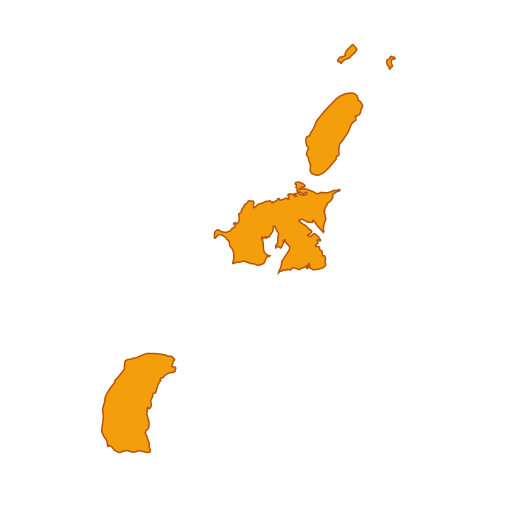 Ibo, Mozambique, rotated 219°
{"feature_id": "85939544B72266919853878", "entity_name": "Ibo", "entity_type": "district", "adm_level": 2, "iso_a3": "MOZ", "parent_name": "Mozambique", "parent_adm1": "", "projection": "robinson", "projection_center": [40.592, -12.339], "detail": "fine", "context": "isolated", "style": "filled", "palette": "amber", "viewbox_px": 512, "rotation_deg": 219, "n_neighbors": 0, "source": "geoboundaries", "source_scale": "gbopen_adm2", "svg_char_len": 6105}
<svg xmlns="http://www.w3.org/2000/svg" viewBox="0 0 512 512"><g transform="rotate(219 256 256)"><path d="M289.1,250.6L286.0,250.4L282.8,247.4L278.5,246.4L277.2,245.7L274.4,243.5L271.7,240.1L269.5,235.6L268.9,235.7L267.4,238.5L264.3,241.5L262.7,244.2L255.2,246.9L252.5,248.7L249.7,249.4L247.6,251.1L245.6,254.5L245.3,256.2L246.9,261.0L246.9,262.0L245.7,263.4L245.3,264.9L247.6,263.9L249.8,263.7L252.3,264.4L254.3,265.9L259.7,271.7L262.0,272.7L263.3,274.0L263.1,274.7L261.8,274.1L261.1,274.3L260.8,277.1L260.2,277.3L259.8,276.4L259.1,276.2L259.0,278.2L257.8,278.9L258.7,286.4L259.5,286.9L260.0,289.1L261.2,289.6L261.1,290.4L260.4,290.8L259.0,290.8L257.6,289.6L255.7,288.7L252.8,288.0L250.0,283.0L247.6,280.3L247.3,279.2L247.3,276.5L245.8,274.7L245.0,277.4L241.9,277.7L241.6,278.5L243.1,283.9L244.3,284.8L244.4,285.8L243.9,286.7L243.5,286.8L242.9,285.5L236.5,284.5L235.1,283.7L233.9,281.6L232.6,268.4L229.4,262.5L229.0,259.7L227.9,257.2L227.6,259.5L226.5,260.4L226.2,262.1L223.3,264.3L222.9,265.9L220.7,266.4L220.2,267.5L220.3,270.0L216.0,272.0L214.8,272.0L214.1,272.4L213.2,273.9L212.6,275.9L211.1,277.7L210.4,279.1L210.8,279.8L210.6,280.7L210.0,280.7L209.4,279.9L209.3,279.0L208.7,278.4L208.0,278.7L208.0,279.6L210.3,283.2L210.2,283.5L209.3,283.2L207.6,281.2L206.4,280.7L202.8,281.3L199.6,284.5L196.4,289.2L196.0,292.3L197.2,293.9L198.4,294.5L200.1,297.6L202.3,299.2L203.0,299.2L204.2,298.3L204.9,298.4L207.6,301.3L209.8,301.0L211.1,301.6L212.3,302.8L213.4,302.6L215.1,301.3L215.8,301.1L216.3,301.4L216.4,302.8L216.1,305.4L218.2,306.5L218.4,307.0L217.9,307.9L216.1,307.7L215.6,308.2L216.1,309.2L220.4,310.4L221.3,310.1L223.8,310.4L225.3,309.7L225.6,306.0L227.5,304.7L228.9,304.5L229.0,305.1L227.9,307.1L227.7,308.4L228.1,310.1L230.0,310.7L231.4,310.2L235.4,310.8L237.6,310.8L238.8,310.3L240.9,310.4L241.7,310.0L242.9,310.4L244.9,310.4L245.0,311.1L243.4,313.7L236.7,315.0L233.5,317.4L233.2,317.8L233.5,318.4L234.1,319.0L234.1,319.7L233.6,320.0L227.5,318.1L218.5,316.7L218.6,317.7L220.6,319.2L221.4,320.4L223.1,323.4L225.0,328.6L225.8,329.6L227.4,330.2L228.1,331.4L231.1,333.3L230.7,333.5L231.0,334.3L232.4,336.1L233.1,340.7L233.6,341.8L232.7,346.0L233.0,348.9L233.3,350.0L234.5,351.1L235.0,352.4L233.5,357.2L232.1,359.0L232.3,360.1L232.8,360.3L235.3,357.0L236.6,356.3L238.3,353.1L240.7,349.6L245.6,346.3L246.8,343.7L248.3,342.6L251.4,342.1L258.2,340.0L262.0,337.9L263.5,335.3L264.1,335.0L264.4,336.0L263.5,337.4L264.1,338.1L263.8,338.8L262.3,339.6L261.8,340.3L261.8,341.1L262.5,341.7L264.2,341.8L267.5,341.1L269.8,340.1L271.3,338.1L271.3,337.1L270.7,336.5L269.5,336.8L268.8,336.5L268.3,334.6L267.9,334.3L266.4,334.7L265.3,332.4L264.0,332.4L261.3,333.5L259.0,333.7L258.2,334.2L257.6,336.6L257.0,337.2L255.6,336.9L255.6,335.7L256.2,334.5L258.0,332.6L259.3,331.7L262.9,331.5L263.5,331.1L264.2,329.4L265.5,328.7L265.1,327.9L264.3,328.2L262.1,327.9L262.6,327.1L265.6,327.1L267.1,326.6L268.4,326.0L268.3,325.0L269.2,325.1L269.6,324.7L269.6,323.4L266.7,321.6L266.2,320.8L266.4,320.2L268.6,320.3L269.2,319.9L269.6,318.5L272.3,314.4L273.0,314.4L273.9,315.3L275.0,314.5L274.8,312.4L275.5,310.9L275.5,310.0L276.9,308.6L276.5,307.9L276.8,307.5L279.7,307.8L283.0,304.2L284.0,301.7L286.9,297.5L287.6,293.0L288.2,292.0L289.6,293.3L291.0,296.0L291.9,296.7L292.8,296.8L293.6,296.3L294.2,295.5L296.0,294.8L296.6,293.8L296.2,292.0L297.2,288.7L296.4,286.5L296.6,284.3L295.1,280.2L295.9,278.1L295.6,277.2L294.1,276.1L291.5,273.2L290.9,270.5L291.1,268.8L292.9,269.0L293.9,267.7L293.6,266.9L292.0,266.9L291.1,266.1L290.9,265.0L291.9,262.5L291.7,259.8L293.9,255.6L298.4,253.0L301.7,252.8L302.9,251.3L303.1,248.9L302.7,247.7L299.8,243.9L298.7,244.3L298.9,248.0L297.6,249.8L296.3,250.7L294.2,251.1L290.5,251.2L289.1,250.6ZM255.7,18.6L251.4,14.7L250.8,15.3L250.6,16.5L249.7,16.8L247.6,16.9L243.7,15.9L239.2,16.9L237.9,17.7L236.6,20.5L233.7,23.7L228.3,25.9L226.1,28.2L224.7,30.9L216.9,34.9L215.4,36.3L215.1,37.1L215.8,38.6L219.5,40.8L220.6,42.7L222.5,44.2L224.8,45.4L227.0,47.1L230.6,48.5L231.5,51.0L231.2,54.4L232.4,56.9L234.6,59.6L241.2,64.3L243.6,68.0L244.7,68.9L244.8,70.2L244.2,70.4L243.4,69.8L242.8,70.3L242.5,71.4L242.8,72.8L243.6,74.4L246.9,77.4L247.8,81.7L249.2,83.2L249.3,84.7L248.1,85.9L248.0,86.7L251.0,93.8L251.6,96.7L251.7,99.2L252.7,99.6L253.1,100.6L253.1,101.2L251.9,102.2L251.6,106.0L250.5,109.6L248.3,112.4L247.0,113.2L246.3,115.7L247.1,116.2L247.6,118.2L248.2,118.6L248.9,118.7L251.5,117.3L252.4,117.6L252.8,119.5L254.2,122.2L253.8,123.8L254.3,124.6L258.5,124.9L261.2,122.8L264.4,122.0L268.0,119.9L273.0,116.7L279.3,111.7L281.7,108.0L284.9,101.7L285.7,100.5L287.2,99.4L287.9,97.5L290.4,95.0L291.5,92.7L291.5,91.6L287.0,85.0L286.9,74.6L287.3,71.9L287.2,70.3L286.2,68.5L286.2,62.3L285.8,58.4L285.0,53.5L283.9,50.5L282.0,47.9L279.9,42.6L278.6,40.0L273.4,35.1L266.4,23.6L264.7,22.0L260.9,20.1L255.7,18.6ZM288.5,438.6L291.3,433.3L292.5,428.8L293.9,412.7L294.0,399.6L291.4,390.5L291.1,385.9L290.1,384.2L290.0,383.2L291.2,381.5L291.5,380.2L291.1,378.7L289.7,376.8L286.1,373.6L283.5,373.2L282.8,372.6L282.0,369.2L280.9,366.9L280.1,366.3L277.8,365.7L275.1,363.5L271.0,361.1L267.6,356.3L265.2,355.2L261.3,356.1L259.2,357.3L257.6,359.3L255.8,363.8L255.0,369.7L254.6,381.8L256.0,383.2L256.0,384.2L255.4,385.0L255.2,386.3L255.4,387.2L259.1,391.4L261.5,395.7L261.4,400.6L262.2,409.5L264.8,418.5L264.7,421.3L263.9,424.5L265.0,426.0L266.2,426.3L266.7,426.9L266.6,427.6L265.7,428.1L264.7,431.2L265.0,433.2L266.2,435.1L267.3,439.4L268.1,440.3L271.8,441.6L274.7,441.6L278.0,444.1L281.8,444.2L282.8,443.8L284.1,443.0L288.5,438.6ZM315.4,459.0L314.6,458.7L312.9,459.6L311.6,459.1L311.0,459.6L311.0,463.0L309.9,465.7L308.5,467.8L307.9,469.6L308.0,471.5L307.2,475.7L307.1,477.6L307.5,479.5L308.4,480.4L313.2,481.3L314.1,480.6L314.9,472.5L314.2,469.7L313.0,467.9L313.2,466.8L316.0,462.9L315.9,459.9L315.4,459.0ZM271.6,486.9L270.1,485.3L269.5,485.5L269.8,488.1L269.4,488.7L269.4,489.6L271.8,490.8L273.4,492.6L274.0,493.9L273.7,495.1L272.6,495.7L272.1,496.6L272.3,497.2L274.3,497.3L275.4,496.5L276.5,496.4L277.0,495.0L276.3,493.6L277.5,490.9L276.8,489.2L273.9,486.9L271.6,486.9Z" fill="#f59e0b" stroke="#b45309" stroke-width="1.5"/></g></svg>